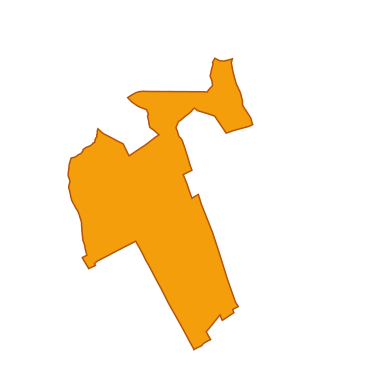 Cuapiaxtla de Madero, Puebla, Mexico, rotated 42°
{"feature_id": "50627088B85656564862732", "entity_name": "Cuapiaxtla de Madero", "entity_type": "district", "adm_level": 2, "iso_a3": "MEX", "parent_name": "Mexico", "parent_adm1": "Puebla", "projection": "robinson", "projection_center": [-97.835, 18.928], "detail": "fine", "context": "isolated", "style": "filled", "palette": "amber", "viewbox_px": 384, "rotation_deg": 42, "n_neighbors": 0, "source": "geoboundaries", "source_scale": "gbopen_adm2", "svg_char_len": 4312}
<svg xmlns="http://www.w3.org/2000/svg" viewBox="0 0 384 384"><g transform="rotate(42 192 192)"><path d="M253.6,219.4L234.3,208.3L206.7,194.6L201.4,191.4L198.3,189.5L196.6,195.1L196.6,195.6L196.2,196.7L188.8,192.8L182.5,189.1L173.8,185.0L177.4,175.9L176.5,175.4L173.6,173.9L167.5,170.2L167.3,170.0L155.3,163.0L154.2,162.5L150.6,160.4L148.6,159.7L145.5,159.5L142.3,157.9L141.3,157.0L138.4,155.7L136.9,154.7L134.8,148.7L135.6,146.1L135.8,144.1L136.3,140.1L137.1,136.3L137.6,132.2L137.3,129.8L137.7,128.1L141.7,127.8L152.8,122.6L153.0,122.6L153.8,122.2L155.6,121.5L158.0,120.4L160.4,121.0L164.6,122.1L165.6,122.3L170.3,123.5L171.4,123.7L172.2,123.9L174.1,124.4L177.1,125.2L178.0,125.4L181.6,118.8L182.1,118.0L182.1,117.9L183.9,115.2L186.6,111.0L188.7,107.8L190.4,105.2L191.4,102.9L192.0,101.2L189.7,100.0L186.2,97.7L184.0,97.1L181.5,96.4L178.9,95.7L176.5,95.1L174.6,94.6L171.6,93.6L171.1,93.3L170.6,92.8L170.0,92.2L169.2,91.1L168.8,90.7L168.3,90.3L167.5,89.8L163.3,87.0L161.2,85.7L152.3,81.9L142.2,75.4L134.7,69.6L132.9,66.0L129.5,71.5L129.2,71.6L128.0,73.5L127.7,73.8L127.3,74.0L124.5,76.1L124.0,76.1L122.8,76.5L119.7,77.2L119.5,77.3L119.9,79.0L120.6,82.1L121.7,82.4L123.0,84.7L124.2,87.4L124.3,87.5L124.7,88.2L126.4,91.1L127.8,93.6L128.3,93.9L129.0,94.3L129.7,94.7L131.4,95.5L132.0,95.7L132.3,96.0L133.2,96.7L134.4,97.7L135.8,98.9L136.0,99.5L136.1,101.1L136.0,103.9L136.0,104.0L136.0,105.0L136.2,106.1L136.3,107.2L136.1,107.6L135.7,108.2L134.1,109.2L133.0,110.2L131.8,111.3L130.4,112.5L128.5,114.2L128.1,114.6L124.4,117.9L124.3,118.0L118.6,123.0L118.4,123.2L115.1,126.2L113.3,127.8L113.0,128.1L111.5,129.4L107.9,132.5L105.5,134.7L103.4,136.6L100.8,138.9L93.9,145.1L87.8,150.3L85.2,153.3L83.7,156.2L82.3,160.1L81.0,164.9L86.5,165.4L88.9,165.1L92.4,164.7L95.4,164.2L100.4,162.3L103.1,161.2L107.7,163.5L107.9,165.0L109.5,166.4L111.8,167.9L114.4,170.0L114.5,170.3L117.6,172.2L122.5,171.6L127.9,171.7L129.2,171.5L129.2,171.8L128.5,174.6L128.3,174.9L128.3,175.0L127.9,176.9L127.0,182.1L126.9,182.7L126.6,184.3L126.2,186.4L125.8,188.3L125.8,188.6L124.4,193.8L123.9,195.7L123.0,199.4L122.0,203.4L121.1,207.2L118.2,206.2L115.5,205.0L113.0,204.1L111.8,203.5L110.5,203.0L108.5,202.3L102.5,204.0L96.7,205.4L92.0,206.6L88.7,207.5L87.9,207.7L85.4,208.0L83.5,208.0L81.5,208.0L79.8,207.9L80.2,209.1L80.9,210.1L81.4,210.8L82.2,211.5L82.6,212.2L82.9,212.9L82.9,213.2L83.1,213.3L83.4,213.5L83.5,214.0L84.1,214.3L84.3,214.8L84.3,215.5L84.5,216.2L84.4,216.8L84.6,217.2L85.0,217.6L85.1,217.8L85.1,218.0L85.2,218.3L85.4,218.4L85.4,218.5L85.5,218.7L85.6,218.9L85.9,219.2L86.2,219.6L86.5,220.3L85.9,221.2L85.8,221.9L85.8,222.8L85.8,223.8L85.6,225.2L85.2,226.1L84.6,227.5L84.4,228.3L84.0,228.5L83.7,229.1L83.5,229.9L83.2,230.9L82.7,233.5L83.5,234.6L83.7,237.6L82.6,240.4L82.0,243.8L79.4,247.7L79.9,248.3L80.2,249.3L81.6,252.3L82.6,254.1L85.2,257.6L87.5,260.9L88.4,262.1L89.0,262.6L89.4,263.0L90.0,263.3L91.0,263.9L91.4,263.8L94.4,266.1L95.7,268.5L96.5,270.1L97.4,271.2L99.2,272.4L99.6,272.6L100.8,273.5L102.4,274.6L103.8,275.6L105.1,276.7L106.5,277.6L108.1,278.6L109.6,279.2L111.1,279.8L112.7,280.3L114.3,280.9L116.1,281.6L118.0,282.1L119.8,282.6L121.7,283.5L122.6,283.9L130.7,288.8L131.1,289.6L131.7,290.1L132.3,290.7L133.0,291.4L133.6,292.0L134.3,292.6L135.0,293.4L135.6,294.0L136.2,294.5L136.8,295.1L137.3,295.5L137.8,296.0L138.3,296.5L138.8,296.8L139.4,297.3L140.2,298.2L141.1,298.9L141.9,299.7L142.7,300.5L143.9,301.2L146.3,302.5L148.2,303.6L150.6,305.6L156.2,309.4L156.1,309.6L155.3,311.5L154.3,314.1L154.4,314.3L166.5,318.0L166.5,317.9L166.8,317.3L169.4,311.2L168.3,310.9L167.5,310.5L167.8,306.7L172.6,294.2L173.0,292.8L175.1,287.3L175.7,285.6L177.2,281.7L178.7,277.7L180.4,273.3L181.5,270.5L183.1,266.2L186.8,267.5L194.7,270.2L204.0,273.9L208.5,275.3L214.8,277.6L216.1,278.1L221.5,280.1L227.1,282.2L230.0,283.2L233.0,284.2L250.3,290.9L251.0,291.1L273.6,298.7L290.3,304.7L290.6,304.9L298.3,307.4L298.9,307.9L299.5,306.1L300.0,304.6L301.0,302.1L302.1,299.8L301.8,298.2L302.3,295.2L303.1,293.0L304.6,289.2L303.5,288.9L299.1,287.4L298.1,287.0L296.6,286.5L296.1,286.4L296.0,283.2L295.6,274.7L295.4,271.0L295.3,269.6L295.1,265.5L295.1,264.6L298.6,266.4L300.0,267.0L300.4,267.1L303.9,253.7L302.4,253.0L300.8,252.2L303.0,246.2L298.1,244.8L277.5,233.6L265.9,226.7L253.6,219.4Z" fill="#f59e0b" stroke="#b45309" stroke-width="1.5"/></g></svg>